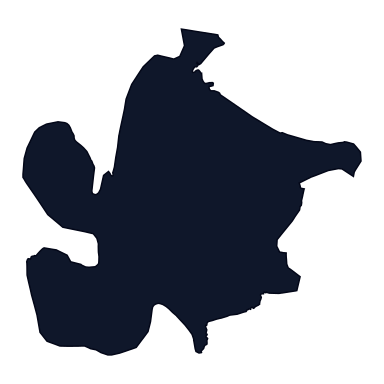 Far' Al Odayn, Ibb, Yemen
{"feature_id": "15242507B99801964698927", "entity_name": "Far' Al Odayn", "entity_type": "district", "adm_level": 2, "iso_a3": "YEM", "parent_name": "Yemen", "parent_adm1": "Ibb", "projection": "robinson", "projection_center": [43.774, 13.958], "detail": "fine", "context": "isolated", "style": "filled", "palette": "ink", "viewbox_px": 384, "rotation_deg": 0, "n_neighbors": 0, "source": "geoboundaries", "source_scale": "gbopen_adm2", "svg_char_len": 5647}
<svg xmlns="http://www.w3.org/2000/svg" viewBox="0 0 384 384"><path d="M181.4,29.1L184.5,45.7L179.8,56.4L173.8,59.1L169.6,58.0L162.2,56.3L157.7,55.2L154.5,55.9L153.7,56.7L152.3,58.0L143.2,66.8L142.5,67.9L140.1,71.5L136.9,76.4L131.9,84.1L131.7,84.4L126.1,99.1L126.0,99.8L125.0,105.9L124.7,107.9L124.5,109.1L123.1,115.8L121.1,125.0L119.7,131.7L119.3,133.9L118.9,135.6L117.6,147.4L115.8,157.4L114.4,167.1L113.2,171.5L112.8,172.5L112.9,173.5L113.1,174.6L113.2,175.2L112.9,175.8L112.6,175.9L111.6,175.8L110.6,174.9L110.0,173.5L108.5,171.5L103.6,175.4L100.5,189.3L98.6,192.9L96.3,194.6L95.4,194.6L94.6,194.5L92.4,193.6L91.8,191.1L93.5,175.8L94.5,167.9L93.9,165.8L93.0,164.4L91.8,161.1L90.8,160.0L90.2,158.2L86.9,151.6L83.6,147.9L80.7,145.3L76.4,141.9L74.8,140.2L74.1,138.0L74.0,135.7L73.1,133.8L71.9,131.9L70.3,127.8L68.8,125.2L66.9,123.5L64.8,122.7L58.0,121.8L47.0,124.0L46.3,124.2L39.3,127.7L34.8,132.0L33.7,134.2L30.0,142.0L27.1,148.0L25.2,154.9L24.4,157.8L24.2,158.7L23.4,169.4L23.0,174.1L23.0,177.4L24.3,179.4L25.3,181.2L26.7,183.4L34.5,194.7L40.1,203.0L47.8,214.6L60.6,225.3L60.9,225.6L62.8,227.2L71.1,228.9L84.9,231.7L93.3,233.7L96.9,238.3L98.4,243.8L98.3,246.3L98.4,251.2L98.5,252.8L98.7,254.0L99.0,256.6L98.9,261.2L98.7,263.4L97.9,264.6L95.8,266.4L94.8,266.8L91.1,267.1L89.0,267.3L85.6,267.0L81.6,265.1L80.9,264.4L70.7,261.8L67.1,255.2L59.1,251.3L58.7,251.1L56.3,249.9L53.7,249.5L53.0,249.4L44.1,247.9L43.1,248.4L41.9,249.4L39.8,251.5L37.9,253.6L36.2,255.6L35.3,255.8L34.3,255.6L33.6,256.2L32.2,256.2L31.2,256.9L30.9,258.0L30.5,259.2L29.7,258.9L28.2,258.7L27.5,259.5L26.9,261.2L26.7,261.9L26.9,262.9L27.0,266.0L27.1,275.1L28.6,281.9L30.5,289.9L31.6,295.0L33.3,301.1L33.6,302.3L33.9,303.4L34.1,304.0L34.5,305.5L35.0,307.4L36.7,313.8L37.0,314.9L37.3,316.6L40.0,332.1L40.0,332.3L41.6,334.3L43.3,336.5L47.0,341.2L49.1,342.0L49.4,342.1L54.6,344.0L59.9,346.0L68.5,346.2L68.8,346.2L77.5,346.1L78.3,346.1L81.2,346.0L84.7,346.0L88.8,347.8L90.6,348.7L96.1,349.8L101.0,352.6L106.6,354.5L107.7,354.9L109.2,354.9L111.7,354.9L119.6,353.1L123.2,351.9L125.3,351.2L130.2,349.5L132.3,348.8L136.2,347.4L142.4,339.1L142.9,338.5L148.0,331.6L149.8,324.5L150.5,321.7L152.1,309.4L152.7,306.8L154.0,305.1L155.4,304.2L157.0,303.6L158.5,303.3L160.2,303.6L162.9,304.5L164.4,305.4L166.2,306.5L169.1,308.9L172.6,312.4L176.5,315.7L177.0,316.4L177.6,317.0L180.7,320.4L182.5,322.3L185.1,325.1L189.1,330.2L192.1,334.4L193.7,339.1L193.7,340.4L193.9,341.2L195.2,348.8L196.0,351.5L199.0,353.0L200.8,352.7L201.1,352.7L201.5,352.5L201.4,352.1L201.1,351.6L201.1,351.2L201.6,350.7L202.1,350.1L203.4,348.8L203.9,347.9L204.0,347.0L204.6,345.8L205.2,345.1L205.8,344.7L206.4,344.6L206.8,344.3L207.0,343.7L207.0,342.7L206.9,341.0L206.9,340.3L207.1,339.8L207.5,339.0L207.6,338.4L207.2,338.0L206.4,337.3L205.9,336.9L206.0,336.1L206.6,335.5L207.0,334.8L207.1,334.3L206.7,334.0L206.1,333.8L205.9,333.5L206.3,332.0L206.6,330.6L206.8,329.9L206.0,328.0L205.8,327.3L205.6,326.7L205.5,326.3L205.5,325.9L205.7,325.3L205.9,325.1L206.1,325.0L206.3,325.1L206.4,325.3L206.6,325.3L206.7,325.1L206.9,324.1L207.0,323.2L207.2,322.7L207.4,322.4L207.9,322.0L208.0,321.6L212.4,320.5L216.3,319.2L219.9,318.3L221.1,318.1L222.4,317.7L227.0,316.3L227.7,316.0L229.7,315.1L237.2,314.2L241.2,312.9L243.6,312.1L246.1,311.5L246.5,310.9L246.9,310.1L247.6,309.7L248.1,309.6L248.5,309.2L248.8,308.9L249.3,308.8L249.6,308.9L249.9,308.9L250.2,309.3L250.6,309.3L250.7,308.9L250.8,308.4L251.0,307.9L251.2,307.5L251.5,307.3L252.0,307.2L252.6,307.3L252.9,307.6L253.0,308.0L253.2,308.3L253.5,308.3L253.9,308.2L254.6,307.3L255.0,307.0L255.5,306.6L256.5,306.0L257.2,305.7L257.7,305.4L258.4,305.1L258.8,304.8L259.0,304.4L259.4,304.3L259.7,304.0L259.5,303.4L259.6,302.8L259.8,302.3L259.9,301.6L259.9,301.2L260.8,299.2L261.3,297.4L260.9,296.3L260.6,295.7L260.5,295.0L260.6,294.5L261.0,294.1L262.0,293.8L262.2,293.7L262.9,293.8L263.5,293.8L263.6,293.2L263.6,292.7L264.0,292.1L264.7,292.2L265.2,292.6L265.7,292.7L266.1,292.6L266.3,292.3L266.4,292.1L267.1,292.4L268.1,292.8L268.9,292.9L269.1,293.1L278.9,293.4L281.4,293.0L281.8,293.0L284.3,292.6L287.5,292.1L294.6,291.0L295.0,291.0L295.7,290.8L296.8,290.6L300.1,276.7L298.1,275.2L290.5,269.4L288.2,267.9L286.7,264.0L286.7,263.5L286.4,259.1L286.2,256.8L286.1,254.2L286.2,253.0L284.7,252.8L283.7,252.8L281.2,252.3L279.6,252.1L276.7,246.2L277.0,241.7L277.1,239.7L281.8,233.8L292.3,220.9L295.0,216.6L299.5,210.1L299.6,209.7L299.9,207.7L300.1,206.6L301.3,205.3L301.7,202.7L301.5,200.7L302.6,196.0L302.8,194.9L303.0,194.0L304.0,189.4L304.2,188.9L301.1,188.3L300.4,187.6L300.2,186.2L299.2,183.0L311.0,177.1L315.1,175.6L324.9,171.8L328.3,170.5L338.3,168.6L338.6,168.6L342.0,168.9L353.4,176.4L354.2,172.2L355.2,170.3L360.3,162.2L361.0,161.1L360.4,152.1L356.5,147.3L353.6,144.0L346.7,142.1L344.3,141.8L344.2,142.3L338.2,142.9L334.8,143.6L330.5,144.6L329.4,144.4L325.8,143.7L322.1,142.0L318.0,141.8L314.4,141.7L313.4,141.6L312.1,141.3L309.3,140.8L306.4,140.3L304.1,139.6L295.8,137.2L292.7,136.3L287.4,134.8L282.3,132.7L280.1,133.1L272.7,129.2L252.2,116.8L241.1,109.1L220.3,94.8L219.6,93.2L218.4,92.3L214.2,90.8L210.8,90.8L209.4,89.2L209.0,87.7L209.3,86.3L210.6,86.3L213.0,85.6L213.3,83.2L212.6,82.6L209.4,82.7L206.6,83.4L204.6,83.4L203.1,81.4L202.0,78.9L201.6,73.3L201.2,73.4L199.7,71.3L198.6,70.1L197.3,70.1L195.4,71.1L194.8,72.1L193.9,72.3L193.3,72.5L192.8,72.5L192.4,71.9L192.4,70.8L193.2,69.1L194.7,66.8L196.7,66.8L197.9,65.5L197.9,64.3L197.0,63.6L196.6,63.2L197.1,62.4L199.2,64.5L200.7,63.6L208.7,54.1L214.0,48.1L216.8,46.9L223.0,44.7L224.3,43.4L224.7,43.5L222.5,41.5L220.3,39.0L218.5,37.3L217.8,34.9L193.3,31.0L186.7,29.9L181.4,29.1Z" fill="#0f172a" stroke="#020617" stroke-width="1.5"/></svg>